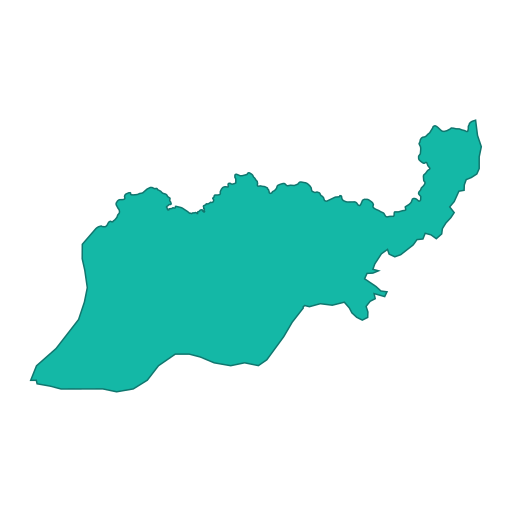 Taehongdan, Ryanggang, North Korea
{"feature_id": "82179303B43556128459055", "entity_name": "Taehongdan", "entity_type": "district", "adm_level": 2, "iso_a3": "PRK", "parent_name": "North Korea", "parent_adm1": "Ryanggang", "projection": "natural_earth1", "projection_center": [128.799, 41.972], "detail": "fine", "context": "isolated", "style": "filled", "palette": "teal", "viewbox_px": 512, "rotation_deg": 0, "n_neighbors": 0, "source": "geoboundaries", "source_scale": "gbopen_adm2", "svg_char_len": 6104}
<svg xmlns="http://www.w3.org/2000/svg" viewBox="0 0 512 512"><path d="M475.6,120.2L472.2,121.3L470.7,122.2L469.5,123.4L469.3,124.0L469.3,124.6L468.7,125.4L468.3,126.6L468.3,128.9L467.8,131.0L467.5,131.4L466.4,131.5L464.7,130.6L461.9,129.9L459.3,128.9L456.1,128.8L453.5,128.2L451.3,128.0L451.1,128.1L450.3,128.9L446.9,130.7L444.2,131.4L442.7,131.3L442.3,131.2L440.8,130.2L438.2,127.7L436.7,126.5L435.5,125.9L434.8,125.8L434.1,126.0L433.1,126.7L432.7,127.9L429.6,132.9L427.9,134.2L426.1,136.1L424.7,136.9L422.8,137.2L421.5,138.0L420.4,139.6L419.8,142.3L419.1,143.4L419.3,144.4L420.4,146.5L420.7,148.0L420.7,149.7L420.4,153.2L420.2,154.0L418.8,155.9L418.6,156.4L418.6,157.9L418.7,158.9L419.1,159.8L420.5,161.2L422.1,162.4L423.4,163.2L424.5,163.2L425.8,162.4L426.4,162.5L426.9,163.0L427.9,165.7L429.8,168.1L429.9,168.7L429.3,169.5L428.3,170.0L427.5,170.7L425.5,173.4L423.7,175.0L423.6,175.3L423.4,176.3L423.5,177.9L423.7,180.3L423.8,180.8L424.9,182.1L425.0,183.1L424.7,184.0L423.7,185.6L421.3,188.0L420.6,190.0L418.9,192.0L418.6,193.0L418.6,193.6L418.9,194.3L420.4,196.0L420.8,196.7L420.6,200.0L420.1,200.7L419.6,201.0L419.0,201.2L418.5,200.9L416.4,199.1L415.2,198.6L413.9,198.4L412.7,198.9L412.4,199.1L411.3,202.1L410.4,203.2L409.1,204.4L405.3,206.8L405.3,207.7L405.7,208.8L405.7,209.8L405.5,210.1L404.2,210.5L402.9,210.6L398.4,211.9L394.8,211.9L394.4,212.3L394.2,213.0L394.1,215.5L393.5,216.3L389.4,216.4L387.5,216.9L386.2,216.7L385.4,216.0L383.9,213.4L383.3,212.9L380.5,211.6L378.9,210.6L375.6,209.2L373.9,208.1L373.0,207.0L373.0,206.2L373.4,204.5L372.5,202.7L371.5,201.8L368.8,199.9L367.6,199.4L364.5,199.3L363.1,199.9L362.5,200.4L361.1,203.7L360.3,205.0L360.1,205.4L359.6,205.6L358.2,205.1L356.6,202.9L355.8,202.3L354.8,201.9L347.5,202.0L346.2,201.8L344.2,201.0L342.8,200.1L342.3,199.4L341.8,198.3L341.6,196.6L341.2,195.9L340.6,195.7L339.9,195.7L339.7,196.5L339.1,196.8L335.3,197.1L327.1,201.0L326.4,201.2L325.7,201.1L324.6,200.5L324.3,200.1L323.5,197.6L322.3,196.3L320.9,195.5L319.8,193.3L319.3,192.8L317.0,192.0L315.7,192.4L314.4,192.4L312.2,191.3L311.8,190.7L311.5,189.8L311.2,187.9L310.2,186.3L309.6,185.6L308.1,184.2L307.0,183.4L305.6,182.8L304.4,182.6L301.1,182.0L300.1,182.0L299.2,182.5L297.7,184.2L294.3,185.5L290.4,185.2L287.6,185.8L287.2,185.7L286.4,185.3L284.8,183.7L284.2,183.5L283.1,183.5L280.8,184.1L279.0,184.8L277.8,185.4L277.2,186.1L276.5,188.3L275.3,189.8L274.3,190.7L272.5,191.7L271.8,192.9L270.5,193.4L270.0,193.3L269.4,192.9L269.2,192.5L269.1,191.5L268.7,190.6L268.7,190.1L268.2,189.4L267.9,189.3L267.6,189.0L267.5,188.2L267.3,187.9L265.1,186.8L264.2,186.5L262.7,186.4L260.4,185.9L258.5,186.2L257.8,186.1L257.4,185.5L257.4,184.4L257.6,183.4L257.3,182.1L257.2,181.3L256.2,180.4L254.7,178.1L253.5,177.0L252.8,175.4L252.4,174.9L251.3,173.9L250.8,173.8L250.3,173.3L249.3,172.8L248.4,172.8L247.9,173.1L246.9,174.5L242.3,175.7L240.2,175.8L237.5,174.6L236.1,174.2L235.2,174.6L234.9,175.6L234.9,177.1L235.0,177.7L235.6,178.4L235.8,179.5L235.8,182.5L235.7,183.0L234.1,183.7L232.2,184.2L231.1,183.9L230.2,183.3L229.0,183.3L228.4,183.6L228.1,184.2L228.1,184.9L228.3,186.2L228.1,186.8L227.9,187.0L225.1,186.7L223.6,187.1L222.7,187.6L221.4,189.2L220.5,191.1L220.2,192.0L220.4,193.4L219.8,194.5L219.4,194.7L217.9,195.0L215.0,195.0L214.3,195.6L214.0,197.0L213.3,197.6L212.8,198.2L212.8,198.6L213.6,199.6L213.7,200.0L213.6,200.9L212.9,202.1L212.6,202.3L211.9,202.5L210.5,202.3L209.3,203.3L207.8,203.9L206.4,203.8L206.1,204.0L206.0,204.5L205.4,204.9L203.6,205.8L203.4,206.4L203.7,207.1L203.7,208.4L203.7,208.5L204.2,208.6L204.4,209.0L204.0,210.2L204.6,211.5L204.3,212.0L203.9,212.0L202.8,211.2L202.5,210.8L202.5,210.4L202.3,210.0L202.1,209.8L201.2,209.8L200.3,210.1L199.6,210.9L199.0,211.5L198.0,211.7L197.5,212.5L197.6,213.5L197.0,213.5L196.5,212.9L195.5,212.5L194.0,213.0L193.0,212.8L191.7,213.6L190.6,213.2L189.7,213.3L187.5,211.5L182.5,208.2L181.5,207.7L180.1,207.3L175.9,206.3L175.5,206.4L175.4,207.3L175.3,207.7L175.0,207.9L174.1,208.1L173.3,207.8L172.8,207.8L171.9,208.5L169.1,208.8L169.0,209.7L168.7,209.9L168.0,209.9L167.6,209.7L167.4,209.2L167.0,207.7L166.5,207.2L166.6,206.6L167.9,205.7L169.0,204.6L170.5,204.5L171.2,203.9L170.7,202.1L169.7,200.6L169.7,200.0L170.0,198.9L170.0,198.4L169.9,198.1L168.2,197.0L167.5,196.3L166.8,195.0L166.5,194.7L165.6,194.1L162.7,193.2L161.5,192.2L161.0,191.5L159.9,190.8L157.7,189.7L157.2,188.8L156.8,188.5L156.3,188.4L154.8,188.7L153.7,188.3L152.4,187.6L150.8,187.4L150.0,187.6L147.0,189.1L142.8,192.8L141.6,193.2L139.6,193.5L137.8,194.4L136.6,194.6L133.5,194.9L131.3,194.8L130.7,194.4L130.6,193.1L130.2,192.7L128.7,192.8L125.8,194.1L125.0,195.0L124.5,196.3L124.9,198.1L124.6,198.9L124.3,199.2L122.9,199.6L119.6,199.7L118.7,200.0L117.5,201.0L116.2,203.1L116.1,203.9L116.2,204.8L118.1,208.4L118.9,209.4L119.2,209.9L119.5,211.6L119.4,212.6L119.1,213.4L117.9,214.7L117.2,216.4L117.0,217.2L115.9,218.6L114.5,220.2L113.5,220.8L112.7,221.8L111.6,221.8L110.6,221.3L110.2,221.3L109.1,221.9L108.6,222.3L107.0,225.3L105.6,226.6L103.8,226.8L103.3,226.6L102.2,226.6L101.2,226.0L98.4,226.8L96.7,227.9L95.8,228.7L82.3,244.3L82.2,258.7L84.8,270.3L87.3,287.7L84.4,302.1L78.6,319.5L56.1,348.5L36.5,365.8L30.7,380.3L36.3,380.3L37.1,383.8L50.1,386.1L61.1,389.0L102.8,388.9L116.6,391.8L133.3,388.9L147.3,380.2L158.5,365.7L175.3,354.1L189.2,354.1L200.3,357.0L214.1,362.8L230.7,365.7L244.6,362.8L258.4,365.6L266.8,359.8L283.7,336.7L292.2,322.2L303.2,308.1L303.1,307.0L304.7,305.5L309.4,306.7L320.3,303.7L332.3,305.2L344.3,302.2L349.3,307.9L351.9,312.9L356.8,317.4L362.3,320.1L367.7,317.4L367.9,312.0L366.1,306.4L370.1,301.3L375.2,298.7L374.1,293.6L384.7,296.6L387.0,291.8L380.9,291.0L376.0,286.5L364.6,278.8L367.0,273.4L372.9,273.1L378.5,270.8L372.9,269.3L374.8,263.9L381.4,253.8L387.5,249.4L389.1,254.1L394.8,256.8L400.7,254.7L413.2,244.9L417.0,239.6L422.9,239.0L425.2,233.3L430.9,234.8L436.3,238.7L441.7,233.9L442.4,228.6L445.9,223.0L450.9,217.6L454.2,212.6L449.7,206.9L454.2,201.6L458.9,191.2L464.1,190.3L464.3,184.9L466.2,179.6L471.4,177.5L476.8,174.0L479.2,168.6L479.2,156.8L481.3,146.7L477.5,135.4L475.6,120.2Z" fill="#14b8a6" stroke="#0f766e" stroke-width="1.5"/></svg>